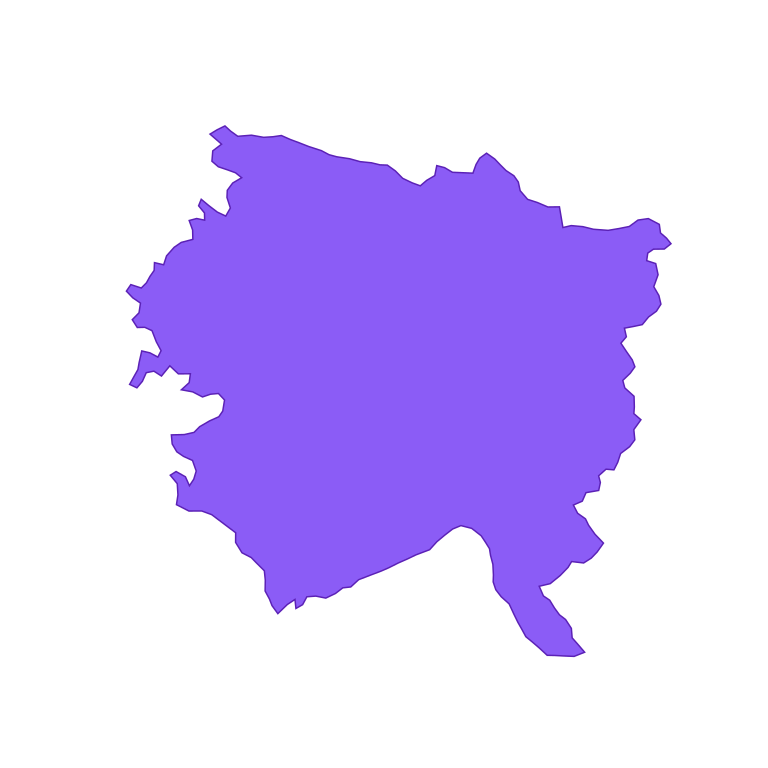 Irani, Santa Catarina, Brazil, rotated 108°
{"feature_id": "56859067B52796199772180", "entity_name": "Irani", "entity_type": "district", "adm_level": 2, "iso_a3": "BRA", "parent_name": "Brazil", "parent_adm1": "Santa Catarina", "projection": "orthographic", "projection_center": [-51.911, -27.029], "detail": "fine", "context": "isolated", "style": "filled", "palette": "violet", "viewbox_px": 768, "rotation_deg": 108, "n_neighbors": 0, "source": "geoboundaries", "source_scale": "gbopen_adm2", "svg_char_len": 3279}
<svg xmlns="http://www.w3.org/2000/svg" viewBox="0 0 768 768"><g transform="rotate(108 384 384)"><path d="M635.2,414.0L623.6,407.8L616.4,402.1L624.7,398.4L619.0,393.2L610.2,391.6L606.8,383.3L605.6,373.2L598.2,365.4L590.6,360.2L587.3,352.9L577.9,347.6L569.7,337.5L562.8,328.9L557.3,322.7L549.7,315.0L543.2,307.7L536.7,300.9L527.5,289.4L517.7,285.0L509.1,279.6L500.7,273.9L494.9,267.1L494.2,256.0L498.3,244.7L503.2,238.5L508.0,232.8L514.1,229.7L521.9,224.7L531.9,220.9L538.5,219.0L545.1,214.1L550.1,206.8L554.5,197.0L562.7,189.4L569.4,182.9L574.8,177.0L580.5,171.0L583.5,163.3L587.1,154.7L591.6,145.0L589.3,137.3L587.1,129.0L584.3,119.0L577.1,110.3L571.3,119.8L567.3,126.6L558.5,130.3L551.9,138.5L549.3,145.8L544.4,152.6L538.4,159.6L536.3,166.9L528.4,173.9L522.5,164.2L511.6,157.2L501.6,152.3L494.9,150.7L492.5,138.8L485.6,133.1L478.0,129.4L467.5,126.1L461.7,136.9L455.1,145.8L450.0,150.7L447.1,159.9L440.6,166.5L434.1,159.2L424.9,158.3L418.9,146.9L410.8,147.8L405.0,151.5L396.4,146.5L394.6,138.8L386.2,137.5L377.0,137.5L367.7,131.0L359.6,128.2L350.2,132.3L338.6,128.6L335.0,137.2L328.5,138.8L318.4,142.4L313.3,153.8L306.8,158.0L297.6,153.1L290.1,150.7L284.3,155.4L278.4,163.2L272.0,171.3L264.2,168.1L256.6,172.6L252.2,164.5L247.7,156.7L238.5,153.1L230.6,147.4L222.5,145.3L214.9,149.9L208.1,157.5L195.4,157.1L185.5,162.8L185.5,172.3L178.0,173.6L172.5,169.4L169.0,159.1L161.9,154.4L158.0,160.4L154.9,167.7L147.1,171.5L145.0,183.7L149.6,193.1L158.4,199.4L163.5,208.5L168.6,218.3L172.1,232.6L172.9,243.5L175.5,254.9L179.9,262.2L161.3,271.9L165.0,282.8L164.0,294.2L164.0,304.5L158.1,314.2L150.4,318.7L145.8,324.8L143.3,333.9L139.6,341.2L135.8,348.2L132.8,357.8L139.6,362.7L146.7,364.3L156.0,364.6L161.5,384.3L159.5,393.2L160.0,401.3L170.1,400.1L177.1,406.3L184.3,410.7L184.0,419.3L182.6,429.8L177.8,439.1L174.8,448.5L176.8,455.5L177.5,464.3L179.9,475.4L180.4,486.4L182.5,499.1L182.9,507.1L181.4,515.6L181.4,529.0L180.8,539.3L180.4,548.7L179.4,558.4L183.2,566.1L186.6,574.7L188.3,586.9L193.6,599.6L190.9,608.0L187.7,615.0L193.6,621.1L200.1,626.7L206.1,612.6L215.2,618.9L225.3,616.5L228.6,608.7L228.7,599.1L229.0,590.5L231.8,583.1L239.6,590.0L248.2,592.9L255.1,591.0L264.1,584.5L273.2,586.4L272.0,595.7L268.4,605.9L264.8,614.9L271.8,615.4L276.8,607.6L283.6,605.2L284.5,613.3L288.7,619.8L296.7,613.6L305.5,610.5L312.0,620.6L318.8,625.8L329.3,630.4L338.7,630.4L339.5,639.8L347.0,637.7L353.9,639.8L361.2,641.2L367.7,644.5L367.7,655.5L375.3,657.7L379.7,649.5L382.3,640.6L392.0,639.0L400.6,643.3L406.5,636.1L404.0,629.0L405.0,621.1L414.2,613.6L421.2,606.3L428.3,607.4L426.7,616.2L427.4,624.6L439.4,623.5L446.3,622.5L453.2,623.9L463.0,625.8L464.0,617.8L456.1,614.6L446.7,613.6L442.9,606.8L445.2,598.1L432.9,593.3L437.9,582.7L434.1,571.3L442.9,569.7L452.1,574.9L450.6,563.5L452.4,552.6L447.3,545.8L444.2,538.5L448.5,530.7L459.6,529.0L466.2,531.0L473.0,538.5L481.5,546.1L488.7,549.7L493.8,558.3L498.1,570.5L506.5,566.9L512.5,560.1L514.8,552.3L515.9,542.5L524.8,535.7L533.3,535.5L540.9,537.6L533.6,544.2L531.5,554.7L536.8,559.1L542.7,549.8L553.2,545.7L562.9,544.1L565.1,530.3L561.1,518.1L561.5,507.5L571.3,479.1L580.5,476.2L588.4,466.9L590.1,456.6L593.5,450.2L598.6,440.1L607.2,436.3L617.6,433.1L623.9,426.5L629.4,422.0L635.2,414.0Z" fill="#8b5cf6" stroke="#5b21b6" stroke-width="1.5"/></g></svg>